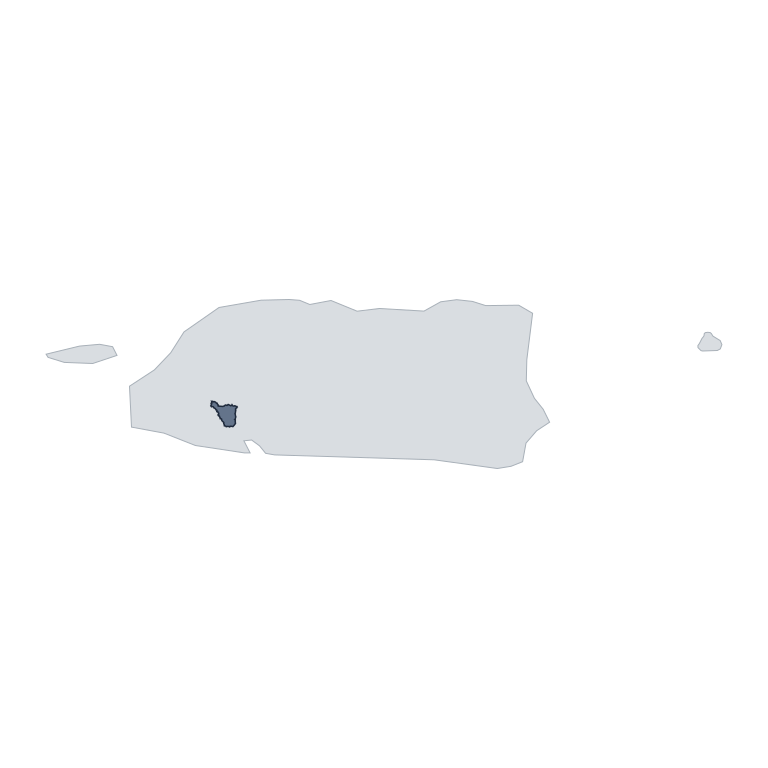 location of Trujillo Alto, Puerto Rico, rotated 180°
{"feature_id": "32010507B87242959394677", "entity_name": "Trujillo Alto", "entity_type": "district", "adm_level": 2, "iso_a3": "PRI", "parent_name": "Puerto Rico", "parent_adm1": "", "projection": "robinson", "projection_center": [-65.993, 18.337], "detail": "medium", "context": "in_parent", "style": "filled", "palette": "slate", "viewbox_px": 768, "rotation_deg": 180, "n_neighbors": 0, "source": "geoboundaries", "source_scale": "gbopen_adm2", "svg_char_len": 2784}
<svg xmlns="http://www.w3.org/2000/svg" viewBox="0 0 768 768"><g transform="rotate(180 384 384)"><path d="M508.5,322.2L516.4,328.0L524.1,327.2L517.9,315.1L523.6,315.1L572.6,322.5L604.1,334.9L636.5,340.9L638.5,381.8L613.6,398.1L597.3,415.2L584.0,436.1L549.0,460.5L506.9,467.8L478.9,468.5L468.4,467.7L458.2,463.5L437.0,467.5L410.9,456.8L388.5,459.5L344.0,456.9L327.3,466.2L311.3,468.3L295.6,466.6L282.3,462.4L249.3,462.8L235.4,454.7L241.2,408.2L241.7,387.1L233.6,369.7L224.8,358.7L218.4,345.8L231.3,337.3L242.0,324.9L245.4,306.3L257.0,301.7L270.7,299.5L333.8,308.2L493.4,313.1L502.4,314.7L508.5,322.2ZM688.5,421.9L668.4,423.7L655.4,421.3L651.0,412.6L675.3,404.5L703.7,405.6L719.9,410.6L721.9,413.8L688.5,421.9ZM62.6,435.4L60.2,435.7L57.8,435.4L56.7,434.5L55.1,431.9L47.8,427.4L46.1,423.4L47.7,419.1L50.7,417.5L65.5,417.0L67.0,417.4L70.0,420.4L70.1,422.4L68.6,424.5L66.0,429.6L64.9,430.9L64.0,432.2L63.7,434.5L62.6,435.4Z" fill="#d9dde1" stroke="#a8b0b8" stroke-width="1"/><path d="M541.7,341.3L540.9,341.5L540.7,341.6L539.8,341.6L539.2,341.4L538.6,341.4L538.4,341.1L538.2,341.2L538.0,341.3L538.0,341.6L537.1,341.8L535.1,341.4L534.1,342.5L533.4,343.3L532.8,344.3L532.7,344.3L532.5,344.7L532.7,345.2L532.6,345.9L532.8,346.5L532.7,346.9L532.7,347.5L532.7,348.0L533.3,348.4L532.7,349.0L532.7,349.5L532.3,350.6L532.2,351.4L532.5,351.8L532.5,352.2L532.6,353.0L533.0,354.5L532.6,355.0L532.6,355.3L532.6,356.0L532.4,356.6L532.5,357.2L532.3,357.4L532.2,358.0L532.4,358.3L532.5,359.0L532.0,359.7L531.1,360.3L531.2,361.1L530.9,361.2L531.1,361.5L531.7,361.4L532.5,362.0L533.5,362.2L533.9,361.9L534.9,362.0L535.2,362.2L536.0,363.3L536.4,362.6L536.9,362.3L537.3,362.2L537.7,362.6L538.3,362.7L539.2,363.3L539.8,363.5L540.0,363.2L540.8,362.9L540.9,362.6L541.3,362.6L542.3,363.0L542.8,362.9L543.7,362.0L544.4,361.9L545.1,361.5L545.6,361.6L548.6,361.8L549.6,361.9L549.8,362.0L549.6,362.4L549.6,362.7L549.9,362.8L549.9,363.1L550.2,363.2L550.6,363.9L550.6,364.2L551.0,364.9L551.6,364.8L551.8,365.1L552.4,365.8L552.7,365.9L553.4,366.4L554.3,366.1L554.8,366.5L555.4,366.7L556.3,366.7L556.1,366.4L556.3,365.7L556.0,365.1L556.9,364.7L556.8,363.8L556.5,363.3L556.8,362.6L557.2,362.2L556.7,361.4L556.3,361.2L556.1,361.4L555.0,361.4L554.7,361.2L554.3,360.6L554.2,360.2L553.7,360.1L553.2,359.6L552.7,359.4L552.2,358.6L552.1,358.2L551.4,358.1L551.0,357.4L551.2,356.8L551.2,356.4L550.9,356.2L550.2,356.2L549.9,355.4L549.3,354.8L549.3,354.2L550.0,353.1L549.3,352.9L549.2,352.5L549.3,352.1L548.5,351.8L548.3,350.9L548.1,350.5L547.9,350.4L547.8,349.3L546.8,349.2L546.4,348.9L546.4,348.3L546.2,347.6L546.0,347.3L545.9,347.1L544.2,345.5L544.2,345.0L544.3,344.3L544.2,344.1L543.7,343.5L543.7,342.2L543.4,342.1L543.0,342.1L542.1,341.8L541.8,341.3L541.7,341.3Z" fill="#64748b" stroke="#1e293b" stroke-width="1.5"/></g></svg>